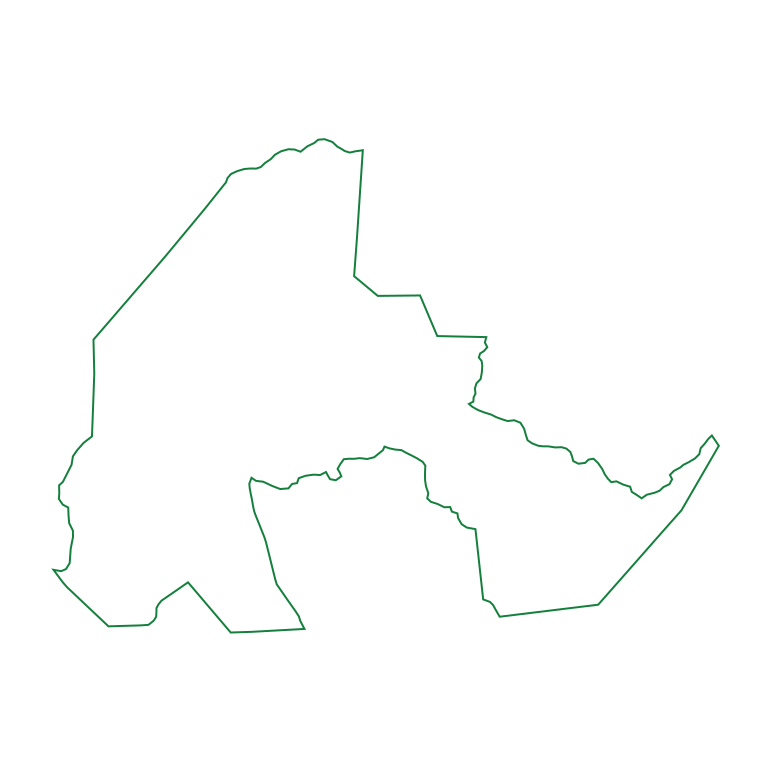 outline of Pombal, Paraíba, Brazil, rotated 269°
{"feature_id": "56859067B94358976501482", "entity_name": "Pombal", "entity_type": "district", "adm_level": 2, "iso_a3": "BRA", "parent_name": "Brazil", "parent_adm1": "Paraíba", "projection": "equal_earth", "projection_center": [-37.87, -6.816], "detail": "fine", "context": "isolated", "style": "outline", "palette": "green", "viewbox_px": 768, "rotation_deg": 269, "n_neighbors": 0, "source": "geoboundaries", "source_scale": "gbopen_adm2", "svg_char_len": 2853}
<svg xmlns="http://www.w3.org/2000/svg" viewBox="0 0 768 768"><g transform="rotate(269 384 384)"><path d="M140.5,300.2L148.7,296.1L153.0,294.9L157.7,292.0L166.1,286.3L169.9,283.7L185.5,273.3L190.7,271.8L217.3,265.7L227.6,263.3L232.7,261.8L240.1,259.0L255.9,253.0L259.3,251.9L264.5,250.9L271.1,249.9L276.3,248.9L282.2,247.9L286.7,247.6L292.5,249.9L289.4,254.3L288.4,261.5L284.0,270.5L280.8,278.4L281.3,286.6L285.7,290.4L286.4,295.3L291.3,297.1L293.6,303.9L294.6,312.1L294.1,318.5L297.0,324.5L293.4,326.3L289.8,328.4L288.6,334.1L292.4,339.7L296.3,338.2L299.9,336.1L304.7,338.9L309.5,342.5L309.9,347.5L309.7,352.6L310.3,358.5L309.3,365.9L310.9,372.8L314.9,378.0L317.9,381.8L321.4,383.4L319.5,388.5L318.2,394.4L317.6,400.2L314.9,404.8L312.9,408.7L309.4,415.2L305.5,421.3L301.7,423.9L297.2,423.6L292.5,423.4L287.0,423.4L281.0,424.2L274.0,426.4L268.9,425.2L265.4,428.8L263.1,435.5L259.7,442.2L259.8,448.0L255.2,449.7L253.3,455.2L248.7,455.7L242.4,459.2L239.0,464.3L237.3,472.9L166.9,479.4L164.3,486.1L161.1,489.2L157.1,491.3L152.9,493.6L149.3,495.6L159.6,594.3L194.3,626.0L230.6,659.1L252.5,679.2L297.3,706.2L316.4,717.7L326.8,710.9L323.1,707.0L318.8,703.7L314.3,699.5L308.3,698.0L304.1,693.6L300.3,686.9L298.0,682.0L295.3,678.7L292.1,672.4L288.1,668.3L283.7,670.4L278.8,667.6L276.1,661.6L272.5,657.7L270.6,652.8L268.7,644.8L265.2,639.6L268.7,634.7L271.8,629.9L277.0,628.3L279.2,621.5L282.6,614.7L281.9,609.5L285.4,606.2L289.8,603.2L295.2,600.7L301.3,596.6L305.6,592.2L304.9,587.3L301.6,583.7L300.9,577.0L303.6,571.9L308.7,570.6L312.7,569.2L316.2,565.3L317.7,560.5L317.6,554.0L318.8,547.2L318.9,542.1L319.5,537.3L322.1,531.0L325.2,526.6L330.0,525.1L336.9,523.3L342.9,519.7L345.5,513.5L344.8,507.0L346.7,501.3L348.9,495.6L351.6,490.5L353.8,483.8L356.3,477.6L359.5,472.1L362.6,468.6L364.8,473.0L369.1,473.4L372.8,475.3L378.1,474.8L383.1,476.5L387.3,480.7L393.7,482.0L400.5,482.6L405.3,482.0L408.8,479.3L412.8,480.6L415.3,484.6L419.0,487.9L423.7,485.6L429.1,487.1L431.0,438.1L471.9,421.6L472.2,379.3L487.6,361.5L492.3,356.0L531.5,359.6L618.1,366.9L617.1,359.1L616.0,353.9L617.5,349.1L620.0,345.2L622.3,341.3L626.9,336.6L629.8,328.9L629.4,322.4L626.2,318.5L623.1,311.7L617.7,304.6L620.0,298.7L620.4,292.5L618.5,285.2L615.1,278.9L610.8,274.7L607.0,268.8L603.1,264.6L601.6,260.0L601.8,254.2L601.4,248.1L599.4,240.9L596.6,234.6L592.6,231.1L588.4,229.5L562.3,207.9L515.1,167.3L433.4,94.3L399.4,94.5L356.5,92.2L336.7,91.1L330.4,82.6L323.0,75.9L317.1,71.7L308.7,70.2L291.7,61.2L288.4,57.4L279.9,57.4L274.8,56.9L269.0,60.7L266.0,66.1L257.9,66.3L250.3,66.8L242.8,70.4L236.5,70.4L224.9,67.9L210.4,66.6L204.5,62.8L202.5,57.9L204.0,50.3L191.6,59.2L186.6,63.3L146.5,104.3L146.9,136.5L147.3,144.3L151.3,149.5L155.2,152.1L160.0,152.5L163.9,152.6L167.8,154.8L171.3,157.8L189.1,184.6L138.2,226.4L138.5,247.3L140.5,300.2Z" fill="none" stroke="#15803d" stroke-width="2"/></g></svg>